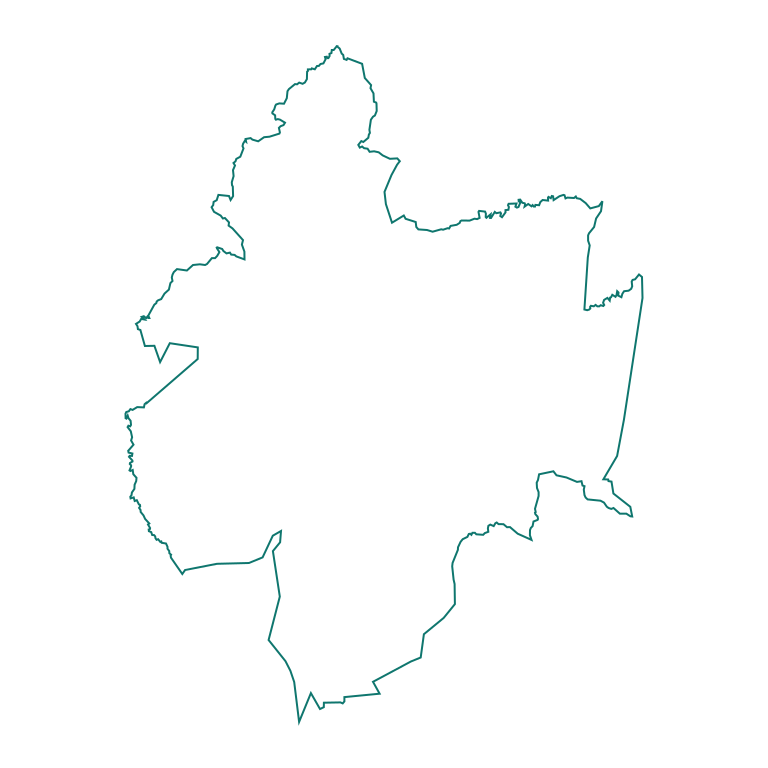 outline of Leonardo Bravo, Guerrero, Mexico
{"feature_id": "50627088B42339229292955", "entity_name": "Leonardo Bravo", "entity_type": "district", "adm_level": 2, "iso_a3": "MEX", "parent_name": "Mexico", "parent_adm1": "Guerrero", "projection": "equal_earth", "projection_center": [-99.796, 17.634], "detail": "fine", "context": "isolated", "style": "outline", "palette": "teal", "viewbox_px": 768, "rotation_deg": 0, "n_neighbors": 0, "source": "geoboundaries", "source_scale": "gbopen_adm2", "svg_char_len": 6084}
<svg xmlns="http://www.w3.org/2000/svg" viewBox="0 0 768 768"><path d="M617.1,456.0L623.9,419.9L642.5,298.0L642.0,277.0L639.0,274.5L635.1,279.3L632.6,279.9L631.7,281.6L632.2,286.3L631.2,288.8L628.6,290.7L624.1,291.2L622.4,293.7L621.4,297.2L618.2,295.6L618.5,292.5L617.2,291.2L616.5,295.1L615.5,296.8L612.3,294.8L611.0,297.3L610.1,297.6L609.7,300.6L607.4,297.9L604.1,299.9L603.1,302.8L604.2,305.0L603.3,306.0L600.7,305.2L599.3,306.3L597.3,306.3L595.6,304.9L593.8,306.3L590.9,305.8L590.1,306.9L590.3,308.5L589.1,309.6L587.2,310.2L584.4,309.5L587.8,257.5L589.7,245.4L588.1,240.7L588.1,235.4L589.0,233.3L594.1,227.0L596.1,218.5L601.0,211.2L602.4,201.2L598.8,206.1L590.3,208.4L585.7,203.1L580.2,198.9L576.7,198.2L575.8,196.5L574.0,198.0L567.4,197.6L565.5,198.4L564.5,195.2L563.5,194.9L559.5,196.2L553.6,200.1L553.1,196.3L551.8,196.0L550.8,198.2L548.5,196.9L548.0,197.6L548.1,200.6L542.6,200.0L540.3,202.1L539.1,205.2L535.4,204.9L535.0,206.5L533.7,206.5L532.6,205.1L531.5,206.3L528.2,204.0L524.6,206.6L525.1,204.5L524.7,203.3L522.4,202.8L520.2,199.6L518.6,199.8L518.7,201.2L520.3,202.6L518.5,207.0L516.9,207.6L515.4,206.7L516.5,203.5L508.6,203.8L508.0,205.2L508.9,207.0L508.4,209.8L505.5,210.1L505.5,212.4L502.0,217.2L500.3,216.0L501.0,213.4L500.4,212.4L496.3,213.2L494.8,211.9L491.0,218.0L490.0,217.9L490.6,214.3L486.4,217.8L485.7,217.0L485.9,213.7L485.1,211.6L479.1,210.9L478.5,211.9L479.6,217.9L477.1,219.1L474.5,218.7L469.6,220.6L461.6,220.5L460.4,221.1L459.7,222.9L456.7,224.8L450.6,225.9L449.1,228.5L447.6,228.2L443.1,229.7L441.2,229.3L432.6,231.7L427.0,230.0L418.4,229.4L416.3,227.0L415.7,222.0L405.6,218.8L403.8,215.5L392.0,222.7L385.9,204.1L384.5,191.9L391.5,175.0L397.1,164.7L399.8,161.2L397.3,158.4L389.9,158.8L382.7,155.4L378.7,152.3L374.1,151.3L369.6,151.8L367.6,148.7L364.1,148.2L362.1,146.5L359.8,147.6L358.3,144.9L361.3,141.1L363.3,142.0L368.3,137.8L368.9,134.5L369.9,132.9L369.4,129.8L370.9,119.7L373.0,116.7L374.9,115.5L376.7,111.0L376.5,103.7L376.2,102.6L373.9,101.7L373.5,93.4L370.5,88.2L371.1,85.1L364.8,78.0L362.1,63.8L347.5,58.3L346.6,59.9L343.9,58.9L343.2,54.9L341.7,53.6L339.7,48.6L336.8,46.1L336.1,46.3L336.7,46.3L333.7,50.0L331.8,50.0L331.4,53.1L329.5,53.8L329.6,56.0L328.4,58.1L327.5,58.1L326.8,56.7L325.0,57.0L325.6,59.2L323.4,63.4L320.5,64.0L318.9,65.9L317.0,66.0L314.8,69.3L311.8,68.4L311.3,69.3L307.9,69.4L307.9,71.0L307.1,71.7L306.9,79.1L304.9,82.5L302.6,83.8L299.2,82.6L297.1,84.3L295.0,84.1L288.9,89.1L287.5,91.2L286.8,98.2L284.0,103.7L279.3,103.4L276.1,104.5L275.4,105.6L274.2,109.4L272.3,112.3L272.4,113.4L275.1,115.3L275.3,118.9L275.9,119.7L277.8,119.1L279.9,119.6L285.0,122.7L283.5,125.1L280.6,126.2L278.9,127.9L279.9,132.4L279.4,133.6L269.5,136.7L264.1,137.2L258.2,141.3L252.4,139.6L250.6,138.1L245.6,139.0L246.1,141.7L244.9,140.7L243.1,143.7L242.5,146.1L243.5,148.4L240.3,156.7L236.3,158.9L235.5,161.3L233.5,163.0L235.0,165.5L233.0,170.1L233.6,176.1L231.8,182.2L232.0,185.1L232.8,186.6L233.1,196.1L230.6,200.0L229.0,196.0L218.4,194.9L216.7,200.2L213.6,201.9L213.2,205.1L211.6,207.2L214.0,211.8L220.7,215.6L222.9,218.5L224.9,218.0L229.0,222.4L228.6,225.6L232.5,228.4L243.0,240.1L241.9,244.6L244.4,251.6L244.5,259.4L236.3,256.4L234.6,254.9L231.2,254.6L229.9,252.6L226.5,253.4L223.4,251.0L222.2,249.0L217.2,247.3L216.7,247.6L217.0,248.4L219.4,252.1L217.2,255.9L215.1,258.1L211.9,258.1L207.0,264.0L205.1,265.0L199.9,264.3L193.0,265.0L186.9,270.5L177.0,269.1L173.8,272.1L172.5,274.7L171.8,277.5L172.5,281.0L170.4,283.1L168.9,289.6L164.5,293.6L161.2,299.1L158.1,300.3L156.7,301.5L156.3,303.1L154.3,304.7L148.3,315.6L149.3,318.0L148.3,318.0L147.3,316.7L146.2,318.2L143.8,316.2L141.7,316.9L144.4,319.5L141.2,318.9L139.7,321.5L136.0,323.9L137.5,326.2L137.9,329.1L140.4,330.0L144.9,346.0L154.4,345.8L160.1,362.1L169.8,343.2L197.8,347.4L197.7,359.0L146.6,403.2L146.3,402.7L144.6,404.2L143.9,407.4L137.2,407.1L132.6,409.9L130.4,409.1L128.8,411.3L126.3,412.0L125.5,413.7L125.6,418.2L126.4,418.6L127.7,415.6L128.5,418.2L130.6,420.8L131.0,424.9L130.2,426.3L128.4,425.7L127.6,427.1L130.8,431.3L132.1,437.3L131.1,440.5L133.5,444.7L128.2,450.8L128.6,452.6L132.4,453.5L132.0,455.9L129.7,455.8L129.0,456.8L132.4,460.5L132.5,461.5L130.0,463.0L129.8,464.0L131.1,465.3L131.1,466.5L129.5,470.4L130.4,471.0L132.7,470.0L133.3,474.2L136.5,477.8L136.2,481.1L134.6,484.7L134.4,488.9L131.9,492.5L131.5,495.2L130.3,496.8L130.6,498.4L133.7,497.4L134.7,501.0L136.8,500.2L138.9,504.4L139.9,504.8L140.2,506.3L139.1,507.9L140.5,509.9L140.7,512.0L143.5,515.4L145.1,518.9L149.3,523.5L148.0,524.5L150.1,528.1L149.8,529.2L148.7,529.5L148.9,531.2L151.2,532.1L152.2,535.0L154.1,535.1L155.2,536.4L155.5,538.3L156.6,539.8L158.1,539.2L160.3,541.9L161.3,541.5L161.7,542.8L166.0,543.5L167.5,546.8L167.5,548.7L169.2,551.0L169.4,553.3L171.1,554.7L170.6,555.7L171.0,557.7L182.3,574.0L185.1,570.0L217.0,563.8L248.9,563.0L262.6,557.4L272.8,535.7L281.0,531.0L280.1,542.3L272.9,551.1L279.8,596.6L268.6,640.0L285.5,661.2L290.4,670.8L294.2,682.0L299.1,721.9L310.9,693.1L320.0,709.0L323.8,707.2L323.9,702.7L340.4,702.4L342.7,703.4L344.4,701.4L344.4,697.1L379.6,693.7L373.0,681.8L410.9,661.5L420.7,657.5L423.9,634.2L443.7,617.9L454.9,604.1L454.6,584.0L453.6,579.6L452.2,566.3L452.6,562.9L457.9,549.8L458.0,547.3L460.6,541.8L462.7,539.2L467.4,536.9L468.8,534.0L470.1,533.7L471.4,534.8L472.4,532.8L474.9,532.8L476.3,534.3L483.2,534.8L484.8,533.1L488.3,531.8L487.9,528.3L488.4,525.8L490.3,524.6L493.7,526.1L495.4,523.2L496.7,522.5L498.5,524.1L503.5,524.2L507.0,527.2L510.0,527.1L517.7,533.7L531.5,539.9L529.9,535.2L530.0,530.1L530.8,528.0L532.6,526.1L533.5,521.5L537.6,519.9L538.0,519.0L537.6,516.6L535.4,514.2L535.0,512.7L535.7,512.1L535.0,508.8L538.6,496.0L538.6,492.1L537.0,488.0L536.7,482.7L538.0,479.9L539.1,474.3L553.4,471.3L556.5,475.3L566.5,477.5L577.0,481.9L581.5,481.2L582.5,485.5L584.5,486.2L583.8,489.6L584.5,495.1L585.6,497.5L587.6,499.4L600.5,500.7L604.0,502.6L606.8,506.7L608.6,508.0L611.3,508.9L613.5,508.0L619.9,513.7L626.4,513.7L630.4,516.3L632.2,516.5L630.3,506.8L613.4,493.5L611.5,481.6L608.5,481.1L608.2,479.5L603.4,479.3L617.1,456.0Z" fill="none" stroke="#0f766e" stroke-width="2"/></svg>